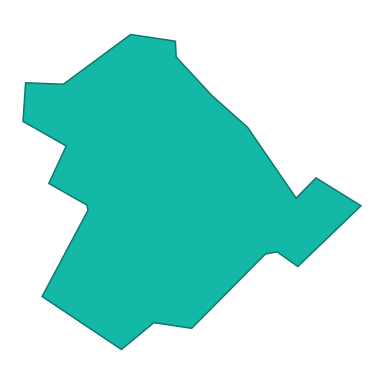 Lynchburg, Virginia, United States of America (orthographic projection)
{"feature_id": "52423323B93399406998966", "entity_name": "Lynchburg", "entity_type": "district", "adm_level": 2, "iso_a3": "USA", "parent_name": "United States of America", "parent_adm1": "Virginia", "projection": "orthographic", "projection_center": [-79.19, 37.401], "detail": "fine", "context": "isolated", "style": "filled", "palette": "teal", "viewbox_px": 384, "rotation_deg": 0, "n_neighbors": 0, "source": "geoboundaries", "source_scale": "gbopen_adm2", "svg_char_len": 393}
<svg xmlns="http://www.w3.org/2000/svg" viewBox="0 0 384 384"><path d="M175.4,41.2L130.6,34.5L63.4,84.2L25.6,82.8L23.0,121.4L66.2,146.0L48.8,183.5L86.8,205.0L88.0,210.2L42.1,296.5L121.4,349.5L153.8,322.7L191.7,328.3L265.4,254.0L277.0,251.8L297.8,266.5L361.0,205.8L316.0,177.9L296.1,198.1L247.6,127.4L211.8,95.5L176.2,57.0L175.4,41.2Z" fill="#14b8a6" stroke="#0f766e" stroke-width="1.5"/></svg>